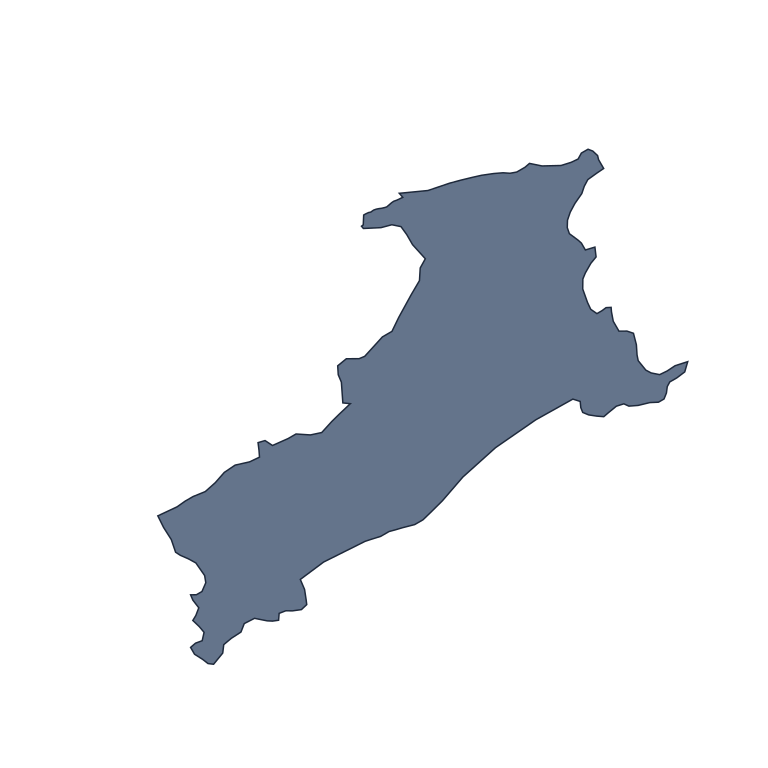 the district of Barat Daya, Pulau Pinang, Malaysia, rotated 240°
{"feature_id": "92858781B94521596565323", "entity_name": "Barat Daya", "entity_type": "district", "adm_level": 2, "iso_a3": "MYS", "parent_name": "Malaysia", "parent_adm1": "Pulau Pinang", "projection": "robinson", "projection_center": [100.233, 5.367], "detail": "fine", "context": "isolated", "style": "filled", "palette": "slate", "viewbox_px": 768, "rotation_deg": 240, "n_neighbors": 0, "source": "geoboundaries", "source_scale": "gbopen_adm2", "svg_char_len": 2504}
<svg xmlns="http://www.w3.org/2000/svg" viewBox="0 0 768 768"><g transform="rotate(240 384 384)"><path d="M541.5,492.6L536.3,493.6L536.8,487.0L537.4,483.8L537.2,481.2L536.0,474.9L536.5,472.7L537.4,469.7L538.4,467.4L539.3,464.7L539.8,462.0L539.5,458.4L540.2,456.4L540.5,453.0L540.5,450.9L532.2,445.6L531.9,443.4L529.0,443.9L520.9,459.6L518.0,470.4L511.8,477.4L502.0,478.4L490.4,478.4L471.8,482.4L466.4,473.4L455.8,466.4L447.8,452.3L434.4,430.2L425.6,417.2L425.6,406.2L417.6,381.1L418.4,375.1L424.7,364.0L422.9,353.0L414.9,349.0L406.9,348.0L388.2,338.9L383.8,345.0L380.2,329.9L377.6,319.9L373.1,305.8L376.7,294.8L384.7,282.8L384.7,273.7L386.5,256.7L394.5,252.7L396.2,245.6L389.1,242.6L382.9,239.6L383.8,228.6L388.2,214.5L387.3,201.5L382.9,188.5L380.2,175.4L382.0,162.4L382.0,153.3L381.1,143.3L382.9,122.2L370.3,121.4L369.7,121.4L355.6,122.0L342.5,119.4L337.4,122.0L330.5,127.1L323.1,131.6L307.8,132.9L301.0,130.3L295.3,122.6L295.3,116.2L298.1,111.1L292.4,110.4L282.8,111.7L277.6,105.3L274.8,100.2L266.3,102.7L258.9,104.0L252.6,98.2L253.8,91.2L252.6,84.8L244.7,84.8L236.1,89.3L229.9,91.8L226.5,96.3L231.6,109.8L238.4,114.9L240.1,124.6L240.7,136.1L246.4,143.2L245.8,154.7L237.3,164.4L234.4,168.9L232.1,174.6L237.8,178.5L236.7,185.6L233.3,191.3L229.9,199.7L231.6,206.8L236.1,208.7L245.8,212.5L256.6,213.8L260.0,242.7L257.7,280.6L257.2,288.9L256.0,294.7L253.7,305.0L253.7,314.6L252.0,321.0L250.3,328.1L246.9,340.3L246.9,349.9L249.8,361.5L253.7,376.3L264.0,405.8L273.1,448.8L277.1,497.6L276.5,540.0L270.8,545.2L265.1,542.6L260.0,541.9L254.9,545.8L249.8,552.2L245.8,558.0L246.9,563.8L248.6,574.1L246.9,581.8L242.4,585.0L238.4,593.3L235.0,604.9L231.0,612.6L231.0,619.0L235.0,624.1L240.1,628.0L242.9,632.5L242.9,640.8L244.1,650.5L251.5,658.2L254.3,645.3L253.7,635.7L254.3,627.4L260.0,620.9L265.1,617.7L277.1,615.8L282.7,617.7L291.8,622.2L303.2,625.4L308.3,620.9L312.3,613.9L323.7,613.9L332.8,617.1L336.8,619.0L339.1,614.5L338.5,609.4L338.5,603.6L345.3,600.4L352.7,601.0L366.9,603.6L375.5,608.7L379.5,613.9L385.1,623.5L388.0,631.2L397.1,635.1L399.4,625.4L407.3,625.4L411.3,624.1L421.5,619.7L427.8,620.9L434.1,624.8L439.7,631.2L444.9,639.6L450.0,650.5L455.1,656.3L459.1,662.7L460.2,673.6L460.8,682.0L471.0,682.0L475.0,683.2L481.3,681.3L485.3,678.1L485.3,670.4L481.8,664.6L482.4,656.9L484.7,646.6L493.8,629.9L502.3,620.3L501.2,614.5L501.2,604.9L503.5,598.5L507.4,592.7L511.4,584.3L516.0,572.8L518.8,563.8L522.2,552.2L525.1,541.3L529.6,518.8L541.5,492.6Z" fill="#64748b" stroke="#1e293b" stroke-width="1.5"/></g></svg>